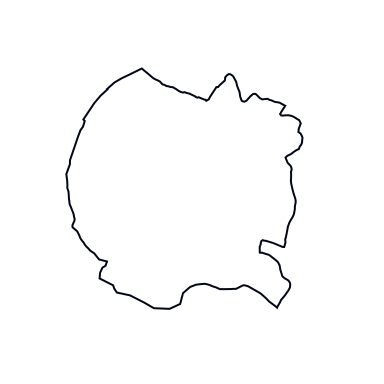 Tamya, Al Fayyum, Egypt (orthographic projection), rotated 205°
{"feature_id": "37247803B840289217117", "entity_name": "Tamya", "entity_type": "district", "adm_level": 2, "iso_a3": "EGY", "parent_name": "Egypt", "parent_adm1": "Al Fayyum", "projection": "orthographic", "projection_center": [30.955, 29.468], "detail": "fine", "context": "isolated", "style": "outline", "palette": "ink", "viewbox_px": 384, "rotation_deg": 205, "n_neighbors": 0, "source": "geoboundaries", "source_scale": "gbopen_adm2", "svg_char_len": 3695}
<svg xmlns="http://www.w3.org/2000/svg" viewBox="0 0 384 384"><g transform="rotate(205 192 192)"><path d="M289.2,282.6L289.7,282.7L298.3,272.0L303.9,265.2L308.6,258.4L312.5,249.4L312.0,249.2L315.5,240.8L318.1,231.4L321.1,211.8L319.2,211.0L318.4,205.0L319.2,201.1L318.7,194.3L318.6,193.2L316.9,177.6L316.4,172.8L316.0,169.2L314.4,165.6L313.5,155.7L313.4,155.0L309.9,149.5L308.0,145.9L306.7,142.9L304.2,140.3L302.3,137.0L300.6,133.7L299.4,132.0L298.7,130.8L297.8,129.3L295.9,127.6L294.3,126.1L290.3,122.3L288.7,120.2L288.4,119.6L287.1,118.2L286.5,116.7L286.4,115.5L286.3,111.3L285.3,109.5L279.5,107.9L276.1,105.3L273.6,102.9L271.2,101.5L268.4,100.1L266.8,98.9L264.4,97.8L262.5,97.2L260.7,96.4L259.5,95.8L254.7,95.1L247.7,91.6L239.7,93.1L239.2,88.6L241.2,85.6L241.2,80.1L239.2,74.6L224.1,74.1L221.6,71.6L217.6,69.1L216.0,69.5L204.6,72.1L203.8,72.1L189.0,71.6L177.5,70.6L176.7,70.9L163.0,76.6L155.4,85.5L157.4,96.5L154.1,104.0L153.4,105.3L151.1,107.7L149.3,109.6L145.8,111.8L144.0,112.8L141.9,114.1L139.8,114.7L137.1,115.1L136.6,115.2L135.6,115.2L133.8,115.2L132.2,115.4L130.8,115.6L130.4,115.7L127.4,115.7L125.6,115.8L122.7,117.1L121.5,117.7L120.0,118.4L118.8,119.0L116.1,120.3L114.3,121.3L111.1,122.9L107.0,128.1L106.1,129.1L104.9,129.7L102.5,130.1L101.9,130.2L100.1,130.2L98.0,130.0L87.4,129.1L84.3,128.3L79.1,126.7L76.4,125.5L67.9,123.7L66.0,123.1L66.1,124.7L65.8,126.8L65.6,129.5L65.7,131.6L64.6,135.6L63.8,138.9L63.6,140.7L63.1,142.9L62.9,146.2L62.9,146.8L63.2,147.7L63.6,148.9L63.9,149.8L65.1,151.3L67.0,152.4L68.2,152.7L71.2,152.9L74.3,153.7L75.2,154.6L77.8,157.5L79.0,158.7L80.9,161.6L81.9,162.8L84.6,164.8L87.1,165.6L93.8,167.2L95.6,167.5L96.8,167.4L101.6,166.7L102.8,166.7L104.0,166.0L104.9,165.7L105.7,167.2L107.5,171.0L107.6,173.4L108.3,175.5L108.3,177.0L107.5,178.3L106.6,178.3L104.2,179.0L101.5,179.4L99.7,179.7L96.6,180.1L91.2,180.3L86.7,180.5L85.2,181.1L85.6,183.8L86.0,185.9L87.6,188.6L87.6,189.8L87.9,191.0L89.3,197.0L90.2,200.2L90.4,200.9L90.8,205.4L90.6,208.7L90.2,212.0L90.3,215.1L91.6,220.1L92.6,222.2L93.6,226.1L94.0,227.3L95.6,229.7L98.4,232.6L99.1,233.4L100.0,234.4L101.9,236.7L105.3,241.1L106.3,242.6L107.2,244.1L107.9,245.9L108.2,246.8L109.6,249.8L110.8,252.1L110.9,253.0L111.2,254.5L112.2,256.0L113.4,257.2L117.7,258.9L121.8,262.7L120.9,265.1L118.3,268.2L117.5,269.7L116.6,271.6L114.9,274.3L114.3,275.0L113.4,275.9L113.5,278.7L113.3,280.4L113.0,280.7L113.1,282.9L114.8,287.9L116.3,289.4L118.2,290.8L119.4,291.1L120.9,291.4L121.7,293.6L121.9,294.0L122.0,295.2L122.4,299.5L122.4,300.1L125.2,302.4L127.6,302.6L131.3,303.1L134.0,303.0L135.5,302.7L137.0,302.3L140.3,300.7L141.7,299.7L143.5,299.1L145.1,299.9L144.9,302.7L143.9,309.6L145.7,309.6L147.5,309.8L148.4,309.8L149.3,309.9L150.3,310.0L151.5,309.7L155.0,308.7L158.7,308.6L160.8,308.2L162.9,308.4L167.6,305.6L169.5,305.8L170.4,305.8L173.1,306.9L174.7,307.4L175.6,307.7L176.2,307.7L177.9,306.7L178.2,306.4L179.4,303.7L181.3,297.6L182.7,296.0L183.9,295.7L184.7,295.7L185.4,295.6L187.6,297.7L188.6,298.8L191.4,303.0L192.7,304.1L196.1,307.4L198.6,310.6L201.7,312.9L203.3,314.1L204.5,314.6L206.9,314.9L208.4,314.5L209.6,312.7L210.0,311.3L210.4,309.9L209.7,308.4L209.4,306.9L210.5,304.2L212.2,300.2L212.7,298.1L214.2,297.4L215.7,287.1L215.9,285.9L215.9,283.2L217.6,280.7L218.8,281.3L220.3,280.9L223.6,280.8L226.1,280.7L226.9,279.8L228.7,279.7L229.4,280.0L235.7,280.1L237.2,279.8L239.3,279.4L240.8,279.4L242.0,278.4L244.1,278.0L246.8,278.0L249.6,278.5L252.7,278.8L253.8,278.9L255.0,278.3L256.2,278.0L257.7,277.9L260.1,277.2L262.2,277.5L264.0,277.1L264.6,277.1L264.9,277.4L267.1,278.2L267.4,278.5L269.8,278.7L273.1,278.6L275.3,278.8L283.3,281.0L288.3,282.3L289.2,282.6Z" fill="none" stroke="#020617" stroke-width="2"/></g></svg>